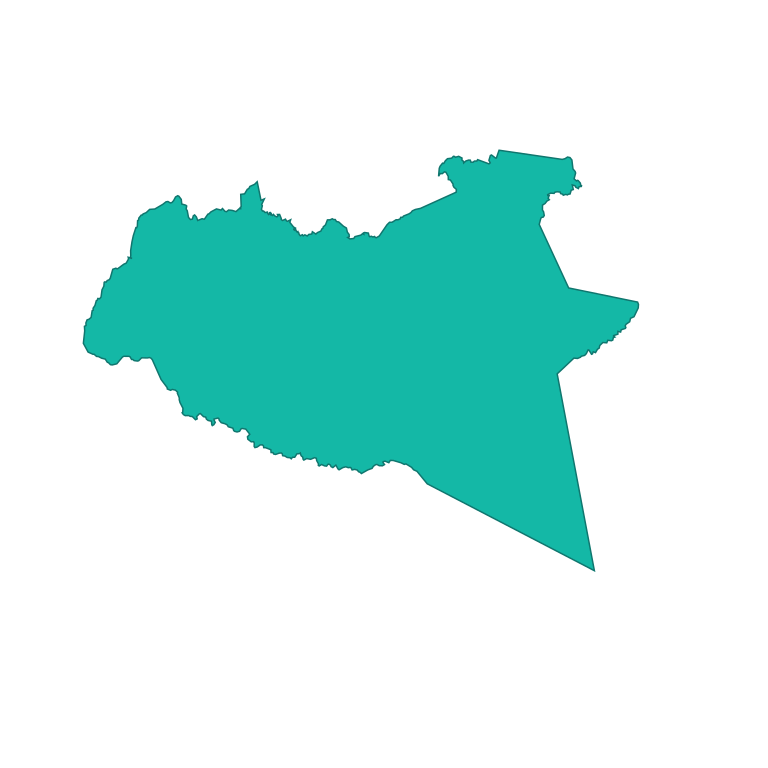 outline of Las Tablas, Los Santos, Panama, rotated 249°
{"feature_id": "35544464B24860146435947", "entity_name": "Las Tablas", "entity_type": "district", "adm_level": 2, "iso_a3": "PAN", "parent_name": "Panama", "parent_adm1": "Los Santos", "projection": "albers", "projection_center": [-80.265, 7.651], "detail": "fine", "context": "isolated", "style": "filled", "palette": "teal", "viewbox_px": 768, "rotation_deg": 249, "n_neighbors": 0, "source": "geoboundaries", "source_scale": "gbopen_adm2", "svg_char_len": 6171}
<svg xmlns="http://www.w3.org/2000/svg" viewBox="0 0 768 768"><g transform="rotate(249 384 384)"><path d="M308.2,353.3L308.6,355.6L311.1,354.9L311.8,355.4L311.6,357.3L308.8,360.3L310.4,362.5L309.3,365.2L304.4,371.6L301.7,374.1L301.5,375.9L296.3,379.9L293.3,380.9L290.7,383.5L275.3,388.6L134.3,513.5L331.4,549.3L340.1,570.6L338.5,573.8L338.6,577.1L339.2,578.1L338.8,581.6L339.8,583.7L342.7,586.8L342.2,587.5L337.4,588.4L337.4,589.4L339.1,590.9L337.5,592.7L339.9,595.7L340.4,597.8L342.6,599.2L344.3,603.2L342.6,606.7L344.6,608.6L342.9,611.8L343.0,613.3L345.2,614.8L345.1,616.3L346.5,615.5L346.9,615.7L346.7,620.2L349.3,621.2L347.7,623.5L349.6,624.9L349.4,629.2L350.0,630.0L351.8,630.0L353.0,631.3L354.1,635.7L357.0,637.7L357.2,641.5L363.9,648.6L367.1,650.1L369.6,650.1L407.5,590.8L477.4,586.1L482.5,589.8L483.0,590.8L482.8,592.6L483.9,594.0L487.6,594.7L489.7,594.3L494.2,596.1L494.8,599.1L496.4,601.7L496.8,604.4L498.6,603.8L500.7,605.7L501.2,604.4L502.1,604.6L502.5,607.9L501.0,611.1L501.8,612.3L501.4,614.5L500.0,617.3L498.5,617.1L497.1,618.9L496.0,619.0L495.9,621.6L494.8,623.0L495.1,624.1L494.7,625.8L497.8,628.2L497.7,630.4L502.4,631.1L500.6,633.4L499.1,633.5L496.8,635.5L498.3,636.9L497.7,639.0L498.4,639.5L499.1,638.9L501.2,639.3L504.3,638.2L504.8,637.6L504.6,636.5L507.4,635.0L512.3,638.5L513.9,638.6L517.1,637.5L525.8,639.7L528.7,638.8L530.1,636.7L529.5,633.7L529.8,630.9L561.0,575.2L554.7,569.9L555.0,569.1L559.3,566.4L559.2,565.2L555.2,562.1L552.4,562.4L551.9,560.9L559.9,551.8L558.9,550.6L559.7,548.3L559.1,546.6L560.0,544.6L562.0,544.8L562.7,543.4L562.9,540.4L561.8,537.6L563.4,538.0L565.2,537.0L567.0,537.8L569.8,535.3L570.1,531.8L571.1,531.5L571.7,530.4L570.6,528.1L571.6,524.0L570.5,521.4L568.5,518.8L569.2,517.8L567.2,514.4L565.6,512.9L558.4,509.4L560.3,511.9L559.5,513.8L560.4,516.5L559.5,517.7L554.9,518.4L551.8,517.3L550.6,519.1L545.9,520.1L544.6,519.6L542.6,519.8L539.8,521.3L537.2,520.1L534.9,481.0L535.7,475.8L535.5,472.5L534.4,470.6L533.9,468.3L533.8,462.4L533.0,461.1L533.6,459.3L532.4,458.3L532.3,455.9L533.0,454.1L532.1,449.5L533.0,447.1L531.6,443.9L523.9,432.7L523.3,429.4L523.9,428.4L525.1,428.1L525.2,426.3L526.5,425.1L526.6,423.5L527.5,423.1L530.5,423.5L532.4,420.2L532.4,419.0L531.0,418.8L532.0,417.8L531.3,415.7L532.0,409.7L530.7,407.9L531.7,404.1L533.8,402.6L533.9,404.3L536.1,405.0L538.9,404.2L543.1,404.8L545.8,402.7L551.5,399.8L552.7,397.9L555.0,397.4L555.6,395.9L556.8,394.9L556.6,392.5L557.5,390.0L553.5,386.4L552.5,383.6L551.3,382.8L551.0,381.5L549.4,379.9L549.2,376.1L548.4,374.1L551.8,371.7L549.9,370.3L550.6,367.4L549.7,365.4L551.6,363.6L551.3,361.6L552.6,361.3L552.4,359.0L554.1,358.4L555.7,358.6L556.4,357.9L557.2,358.3L557.5,357.0L560.0,356.9L559.5,355.8L560.5,355.1L561.1,355.4L561.4,357.1L563.0,355.8L568.7,354.0L570.8,355.7L570.5,352.2L571.2,351.4L573.2,351.1L573.0,347.9L574.4,347.0L575.3,347.4L579.7,347.3L580.4,345.3L579.1,345.5L578.4,343.9L579.7,342.5L582.0,341.5L581.2,340.4L581.7,339.8L583.0,339.8L582.7,338.8L583.3,338.7L584.2,339.6L584.9,339.3L585.0,338.5L583.7,337.9L583.5,337.0L585.1,336.5L586.3,336.7L586.7,334.4L588.6,333.6L589.1,332.5L591.0,332.2L594.0,334.3L595.4,334.1L599.7,338.6L599.6,335.0L618.3,338.1L616.8,334.7L616.5,329.6L615.0,327.9L614.7,326.1L611.5,322.0L612.4,318.2L600.7,314.2L600.3,312.9L599.1,313.0L599.5,311.5L598.0,307.6L600.4,304.6L602.1,301.3L601.3,298.7L602.2,297.4L605.7,296.1L604.8,294.2L607.5,290.3L606.7,284.0L605.6,281.6L605.7,280.5L602.2,275.3L603.5,273.4L603.4,268.7L607.2,268.7L609.7,267.8L609.4,266.3L606.6,264.2L606.9,262.2L609.6,261.2L616.2,262.4L618.3,262.0L620.9,263.6L622.0,263.0L624.5,259.7L629.0,260.9L632.8,259.8L633.7,258.9L633.3,256.4L630.6,253.3L629.4,251.0L629.6,249.4L631.8,247.7L632.2,245.8L631.0,241.9L629.5,232.7L631.0,227.8L629.2,223.4L629.1,220.0L628.4,219.0L628.7,217.9L626.8,214.6L625.0,213.6L624.8,212.5L619.6,210.2L618.5,209.0L618.9,208.4L612.3,203.1L607.1,199.7L599.2,195.2L594.6,193.6L593.1,192.6L591.5,193.7L594.0,190.6L592.3,190.3L589.2,186.6L589.1,184.0L587.1,176.8L587.2,176.0L588.2,175.2L588.3,171.9L580.7,166.2L579.8,164.6L579.8,162.7L578.7,161.1L579.4,159.9L579.2,159.2L575.7,157.5L573.0,154.5L566.6,151.0L565.5,149.1L566.4,147.5L564.9,146.2L564.9,145.3L560.9,142.3L559.0,139.6L557.2,139.0L557.0,137.8L551.1,134.4L550.2,131.8L550.3,129.8L547.9,127.6L545.4,126.8L545.2,125.0L540.8,123.6L529.7,117.9L519.8,119.2L516.0,123.0L515.7,124.0L512.8,125.5L511.9,127.3L509.3,129.6L507.1,132.7L503.4,133.5L502.7,134.4L500.1,135.5L499.2,137.1L498.6,141.8L502.9,149.5L503.1,151.1L501.2,155.9L500.3,156.7L497.4,157.1L496.9,158.3L495.4,159.1L493.8,162.0L493.6,163.3L495.3,167.1L493.1,172.5L492.8,174.4L491.8,175.6L489.8,176.4L468.1,177.5L458.3,180.3L457.0,179.9L454.6,182.5L454.8,184.4L453.0,187.1L450.3,188.4L449.5,187.8L444.4,187.9L442.7,187.2L439.8,186.9L433.4,187.6L429.8,186.0L429.5,185.2L427.3,185.8L425.7,187.1L424.5,190.5L423.3,191.4L422.3,193.4L418.2,195.2L418.4,197.1L420.7,197.4L422.3,200.8L422.2,202.0L418.2,203.8L417.0,205.7L414.9,205.6L413.0,206.7L411.1,209.6L407.7,208.6L406.7,208.8L407.0,210.6L408.6,212.7L411.1,212.4L412.2,212.8L411.7,216.8L411.0,217.4L409.1,217.2L406.2,218.2L403.8,221.4L402.1,222.9L399.9,223.3L396.9,227.1L394.4,227.0L393.4,227.5L391.9,229.6L391.6,232.2L393.3,234.4L393.4,235.5L391.4,238.8L385.2,240.7L383.7,237.6L381.2,237.1L377.6,239.3L376.9,241.6L375.4,241.7L372.2,240.4L370.9,240.7L370.6,243.0L371.5,246.7L370.7,248.7L369.6,249.3L367.7,248.9L366.9,250.7L363.2,254.8L360.5,254.0L359.7,255.8L358.2,255.9L357.1,257.5L357.0,261.3L356.4,263.4L355.5,264.0L353.4,263.7L352.2,265.7L350.1,267.3L348.8,269.9L347.4,270.6L348.4,272.3L347.6,274.4L350.0,277.7L349.3,280.0L349.6,281.1L346.8,280.9L344.9,281.9L342.6,281.5L341.7,281.9L342.1,285.1L340.0,288.5L340.1,292.8L338.9,294.2L336.6,293.7L332.9,294.2L331.6,293.5L330.7,294.1L331.2,296.9L328.9,299.1L327.9,301.0L329.1,302.8L329.0,303.7L327.8,304.8L325.8,305.0L324.3,306.3L325.5,310.0L321.2,310.6L320.0,311.3L320.7,315.6L320.4,318.7L318.7,320.6L318.2,322.6L317.4,323.2L315.2,323.4L314.8,326.1L313.2,328.2L311.2,328.8L310.2,330.0L308.5,330.8L309.6,338.1L309.5,342.6L311.0,344.6L311.7,347.3L311.4,348.6L309.4,350.3L308.2,353.3Z" fill="#14b8a6" stroke="#0f766e" stroke-width="1.5"/></g></svg>